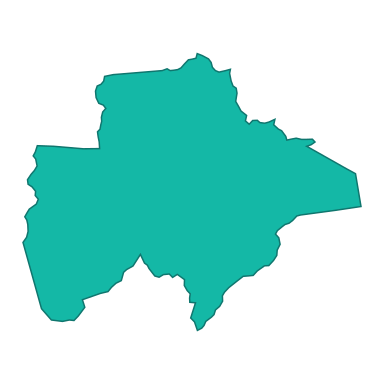 the district of Santana de Mangueira, Paraíba, Brazil
{"feature_id": "56859067B83956066000266", "entity_name": "Santana de Mangueira", "entity_type": "district", "adm_level": 2, "iso_a3": "BRA", "parent_name": "Brazil", "parent_adm1": "Paraíba", "projection": "orthographic", "projection_center": [-38.328, -7.628], "detail": "fine", "context": "isolated", "style": "filled", "palette": "teal", "viewbox_px": 384, "rotation_deg": 0, "n_neighbors": 0, "source": "geoboundaries", "source_scale": "gbopen_adm2", "svg_char_len": 2063}
<svg xmlns="http://www.w3.org/2000/svg" viewBox="0 0 384 384"><path d="M41.5,308.7L51.4,320.0L62.5,321.4L69.4,320.0L74.0,320.5L78.3,316.0L84.8,307.3L82.4,299.7L100.4,293.4L108.0,291.6L111.5,287.3L116.0,283.2L121.3,280.6L123.6,272.3L126.7,269.5L133.0,266.0L140.4,254.4L144.5,263.1L147.4,265.2L149.0,268.5L154.8,276.0L159.1,277.2L163.4,274.6L169.3,274.0L172.6,277.4L177.3,274.4L180.8,276.9L184.5,279.6L184.3,285.5L187.2,290.6L190.2,293.8L189.6,298.1L189.8,302.3L195.5,302.8L190.7,318.0L194.5,321.9L197.4,330.4L201.7,328.2L204.0,325.5L205.8,321.4L211.4,317.2L214.0,314.6L215.5,309.9L219.6,306.4L222.6,301.2L222.4,295.8L224.5,292.2L228.8,287.6L237.4,280.8L243.2,276.3L248.3,275.9L253.2,275.4L257.3,270.9L264.5,265.8L268.8,265.6L273.5,260.5L276.8,255.4L277.2,250.1L280.1,244.3L278.8,237.8L275.5,234.1L277.4,230.6L281.9,226.9L285.0,224.5L289.1,223.2L292.8,220.3L296.8,216.0L300.5,215.0L335.6,210.3L361.0,206.5L355.5,173.7L351.5,171.5L346.5,168.8L306.7,146.3L311.2,144.7L315.0,142.0L312.4,139.2L306.5,139.4L301.5,139.4L296.2,138.2L290.9,139.2L286.8,140.1L285.8,136.4L281.6,130.7L278.4,129.1L273.7,124.8L274.9,119.3L269.1,122.0L264.8,123.2L259.9,122.6L257.3,120.3L252.7,120.5L249.2,124.2L245.4,120.9L246.6,115.5L241.0,111.0L238.7,106.7L235.7,101.4L237.0,93.2L236.2,88.2L233.0,86.0L231.1,80.9L229.6,73.4L230.4,69.3L225.3,70.7L219.0,72.1L215.4,70.6L212.4,67.3L211.1,62.4L208.5,58.9L202.3,55.6L197.2,53.6L196.0,58.2L192.0,59.2L188.4,59.8L184.5,63.9L181.0,67.9L177.7,69.6L174.0,70.2L170.2,70.6L167.1,68.8L162.2,70.6L119.9,74.1L113.4,74.6L104.6,76.4L103.7,81.1L101.0,84.3L97.2,86.0L95.5,91.1L96.1,97.6L98.8,103.3L103.3,105.1L105.8,108.4L102.7,112.0L101.4,117.3L101.7,121.3L100.8,124.8L100.0,129.2L97.5,131.8L98.2,137.0L99.2,141.9L99.6,148.6L83.4,148.8L53.7,146.3L37.3,145.7L35.3,152.0L33.2,155.9L35.7,159.0L37.1,166.0L34.4,170.5L31.1,174.3L27.5,179.7L28.1,184.3L32.0,186.8L35.6,191.3L35.2,195.5L38.3,199.2L36.3,204.1L29.3,209.1L27.1,212.7L24.8,216.8L26.8,220.0L27.8,224.5L28.1,231.4L26.6,237.3L23.0,242.4L41.5,308.7Z" fill="#14b8a6" stroke="#0f766e" stroke-width="1.5"/></svg>